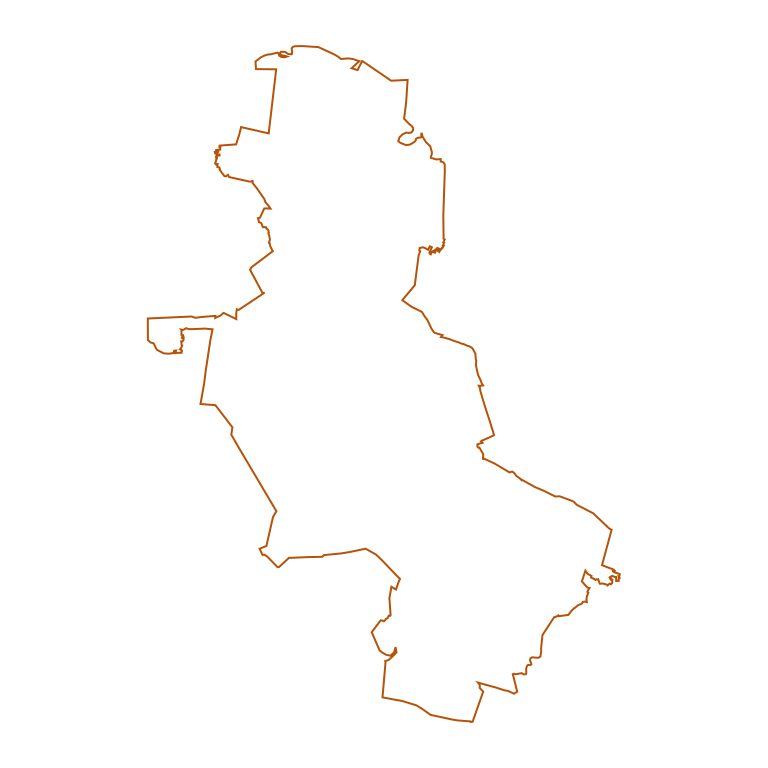 Berriozábal, Chiapas, Mexico (Albers equal-area conic projection)
{"feature_id": "50627088B17025191151258", "entity_name": "Berriozábal", "entity_type": "district", "adm_level": 2, "iso_a3": "MEX", "parent_name": "Mexico", "parent_adm1": "Chiapas", "projection": "albers", "projection_center": [-93.318, 16.872], "detail": "fine", "context": "isolated", "style": "outline", "palette": "amber", "viewbox_px": 768, "rotation_deg": 0, "n_neighbors": 0, "source": "geoboundaries", "source_scale": "gbopen_adm2", "svg_char_len": 6057}
<svg xmlns="http://www.w3.org/2000/svg" viewBox="0 0 768 768"><path d="M611.6,529.8L609.3,528.6L593.2,513.3L576.7,504.8L573.7,501.6L559.7,496.3L555.2,496.5L544.0,490.9L534.8,487.0L521.6,479.6L521.4,480.0L519.6,478.1L516.4,476.0L514.3,473.1L512.5,471.7L511.0,471.8L509.7,472.5L494.5,463.5L483.5,458.4L483.2,459.0L483.0,458.9L483.2,454.1L479.4,447.6L478.3,447.7L477.4,446.5L477.4,444.3L482.5,442.8L481.0,441.3L482.3,440.5L488.1,438.0L494.0,435.2L493.1,432.0L493.2,431.7L492.3,429.4L490.1,422.2L484.7,405.6L480.4,391.2L480.0,388.0L478.8,385.7L481.0,385.8L483.1,385.4L481.7,383.4L480.8,380.7L477.7,374.1L477.5,372.4L476.3,367.0L475.9,363.9L476.3,361.3L475.7,358.4L475.4,353.8L474.5,352.0L472.4,348.2L470.0,346.6L467.4,345.8L463.0,343.8L462.3,343.9L458.7,342.4L453.4,340.7L449.9,339.3L444.9,337.8L441.0,337.1L442.5,335.1L434.8,332.9L433.9,332.3L431.3,328.3L427.4,320.0L424.8,316.6L421.9,311.9L411.4,306.7L402.3,300.2L414.8,285.2L418.6,255.5L420.2,251.2L419.3,250.6L419.6,248.1L422.6,247.3L423.9,247.6L425.7,248.4L428.1,249.8L429.9,246.3L431.9,247.2L429.4,252.8L429.6,253.6L430.8,254.3L431.7,251.9L434.2,250.4L433.5,252.3L435.0,252.7L437.3,247.9L439.0,248.7L437.8,250.8L439.3,252.0L440.7,249.2L441.3,249.3L442.0,247.8L442.5,247.9L443.8,245.6L442.9,245.4L444.1,242.7L443.3,242.4L444.7,239.5L443.6,238.9L443.3,215.8L444.8,171.2L444.7,164.4L443.5,162.4L440.7,161.4L440.7,159.1L436.5,159.4L431.0,157.9L430.7,157.0L431.7,154.7L431.9,152.1L430.2,146.2L426.3,142.5L422.6,136.8L421.6,132.8L421.2,134.6L421.6,136.1L421.2,137.2L420.0,137.6L418.3,137.6L416.1,138.7L415.6,140.7L414.4,142.0L409.9,144.6L405.9,145.1L400.3,142.8L398.3,141.2L399.5,137.3L402.7,134.2L406.2,132.6L409.0,132.9L411.3,132.6L413.0,130.4L413.2,128.0L411.5,125.8L409.3,124.1L404.1,118.7L406.1,102.9L407.6,79.9L391.1,80.7L363.3,61.7L362.1,61.1L357.6,70.1L351.6,68.2L359.3,61.2L353.3,59.1L348.4,58.4L340.9,59.0L337.9,56.5L333.6,54.1L318.4,47.1L302.8,46.1L295.1,46.2L293.0,46.8L292.1,47.7L291.6,48.8L292.2,51.0L292.0,52.8L291.7,53.4L291.9,54.0L291.6,54.3L288.4,54.1L285.0,51.9L280.9,51.8L280.3,52.6L280.2,54.0L281.0,55.1L285.7,56.0L287.1,56.5L284.6,57.3L281.0,56.8L279.2,55.6L279.0,54.7L279.2,55.0L278.8,54.4L278.6,53.3L277.6,52.6L270.4,54.4L268.5,54.4L264.3,55.6L260.5,57.6L255.5,61.5L256.0,69.1L276.2,69.3L268.7,133.4L241.1,127.1L239.0,135.4L236.1,144.4L219.6,145.6L219.4,146.7L220.4,146.6L220.2,149.6L216.2,149.9L216.1,150.9L218.3,150.6L218.2,151.7L214.8,152.0L215.0,153.0L217.5,152.7L216.9,153.7L217.2,153.6L217.0,154.7L219.5,154.5L219.5,155.5L216.9,155.7L216.7,156.7L216.1,156.8L216.2,157.7L216.7,157.8L216.4,158.8L216.7,158.8L215.1,163.5L215.6,163.7L215.6,164.4L215.3,164.4L216.8,164.7L216.9,163.9L217.6,164.0L217.3,166.9L219.3,167.4L219.9,169.1L219.6,169.6L224.3,176.0L225.9,176.4L227.9,174.8L229.2,177.1L250.2,181.7L252.6,181.0L252.8,181.5L252.6,183.0L257.1,188.6L264.3,199.0L265.3,201.9L268.3,205.5L270.5,208.6L266.3,208.4L264.2,208.5L260.0,217.7L257.9,218.2L258.7,220.5L258.8,221.7L259.0,222.2L260.7,222.8L261.5,223.5L262.7,226.9L263.0,227.2L264.1,227.0L266.2,227.3L266.2,228.4L267.8,229.5L268.4,230.4L268.5,231.8L268.9,232.3L268.4,233.6L269.0,234.7L270.0,239.8L269.2,241.6L269.1,242.5L269.4,242.4L270.3,246.4L272.8,251.2L251.4,267.3L250.8,268.8L250.0,269.7L262.3,292.6L263.9,292.8L264.6,292.6L238.7,309.9L236.8,309.3L236.2,314.0L236.3,319.1L223.6,312.9L220.4,315.6L215.2,317.9L215.4,315.9L201.4,317.0L195.5,317.8L191.6,316.5L147.8,318.5L147.9,340.1L150.4,342.4L153.7,343.4L156.1,348.5L157.4,350.1L163.9,353.4L169.3,353.7L173.5,353.0L174.2,350.7L176.1,350.5L175.3,353.1L177.4,352.8L181.5,352.8L181.4,351.9L182.0,351.2L181.8,350.3L181.0,349.9L180.9,349.5L180.0,349.3L181.4,347.5L182.2,345.5L181.7,345.3L181.4,342.3L181.1,341.4L182.7,341.2L183.6,339.6L183.7,339.2L182.8,338.3L181.8,337.8L182.4,336.6L183.5,336.8L183.1,335.6L183.1,335.2L181.5,334.9L181.4,334.1L181.6,330.2L181.2,329.6L182.7,330.0L184.7,329.2L185.9,328.2L189.1,329.1L193.3,329.1L205.0,328.6L212.5,329.3L210.4,340.0L205.7,370.9L204.1,383.7L200.5,404.0L215.4,405.2L232.4,427.3L231.3,434.7L238.4,447.0L276.4,511.2L273.0,517.0L266.4,546.0L259.6,548.7L262.5,554.9L264.3,554.7L266.9,556.2L277.5,567.1L279.2,566.9L288.9,557.9L308.1,557.1L322.3,556.8L324.0,555.1L341.4,553.4L350.8,551.8L365.6,548.7L376.1,554.6L382.4,560.7L396.4,575.3L400.0,578.9L398.5,582.2L396.0,589.5L391.4,586.8L389.4,598.3L390.6,615.2L389.9,615.9L389.2,615.5L388.6,615.9L387.6,618.0L387.2,618.4L385.7,619.1L385.1,620.3L383.8,621.3L382.5,620.6L380.7,620.3L371.7,632.2L379.6,650.4L382.0,652.4L386.4,654.9L390.5,655.7L394.2,652.2L395.5,647.1L396.5,652.4L392.5,656.5L388.4,660.1L385.2,661.1L385.5,662.2L385.3,664.9L382.5,697.4L402.5,701.1L416.5,705.4L422.6,709.2L430.6,714.9L452.5,719.6L457.3,720.4L470.5,721.4L470.6,721.9L472.6,721.8L483.2,691.6L479.7,687.9L479.8,685.7L479.5,684.5L478.0,682.6L496.5,687.7L504.1,690.2L508.3,691.0L514.0,693.7L517.2,691.7L512.8,674.2L514.0,673.7L515.5,674.3L521.4,673.2L522.0,673.3L523.7,674.4L525.9,674.2L526.3,673.2L526.2,668.8L526.6,667.0L527.2,665.7L527.8,665.1L528.8,664.9L530.1,665.1L531.3,664.4L531.1,662.9L530.2,661.1L530.0,659.7L530.6,658.2L532.1,657.3L537.4,657.8L539.0,657.5L540.3,656.7L541.2,651.5L541.1,648.2L542.5,635.0L554.2,617.1L555.3,617.1L558.3,615.5L558.5,616.2L568.4,614.9L571.2,611.1L574.3,608.1L575.0,607.8L577.7,605.5L582.0,603.5L582.8,601.9L585.0,601.6L586.8,602.1L586.5,599.1L586.7,597.0L588.3,592.6L587.4,591.8L588.0,590.3L589.5,588.0L587.6,587.6L586.7,586.9L581.9,581.4L585.4,570.6L587.5,573.8L591.5,575.9L591.0,577.5L595.3,579.5L595.0,580.5L595.8,579.7L596.7,579.3L597.8,579.6L598.2,579.3L599.5,583.1L600.0,583.8L602.6,583.5L606.8,584.6L607.6,585.5L608.9,584.2L609.8,583.7L610.1,583.7L610.9,584.3L612.2,582.9L612.4,579.9L611.4,579.9L611.3,578.7L610.8,578.8L610.8,579.2L610.5,579.3L609.6,577.4L612.2,575.8L614.9,577.0L616.1,577.0L616.2,581.0L618.6,580.9L618.8,578.0L620.2,578.5L619.4,577.6L618.9,576.5L619.2,576.6L619.8,574.5L619.7,574.0L614.1,572.2L614.3,571.8L613.1,571.3L613.4,570.7L614.1,570.9L614.4,570.7L613.0,570.0L613.4,569.5L602.0,565.2L611.6,529.8Z" fill="none" stroke="#b45309" stroke-width="2"/></svg>